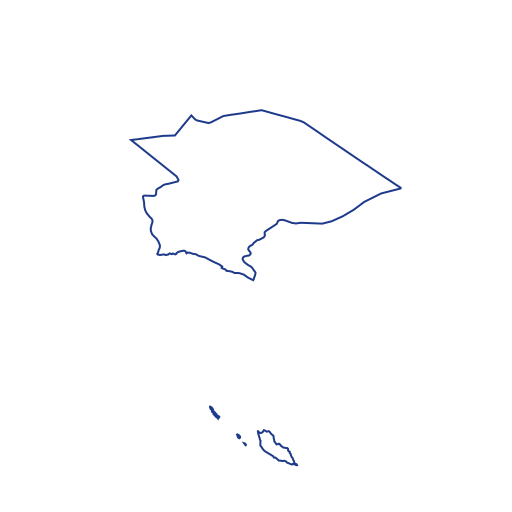 an SVG outline of Hadramawt, rotated 42°
{"feature_id": "YEM-3497", "entity_name": "Hadramawt", "entity_type": "Governorate", "adm_level": 1, "iso_a3": "YEM", "parent_name": "Yemen", "parent_adm1": "", "projection": "orthographic", "projection_center": [51.058, 15.554], "detail": "fine", "context": "isolated", "style": "outline", "palette": "blue", "viewbox_px": 512, "rotation_deg": 42, "n_neighbors": 0, "source": "natural_earth", "source_scale": "10m", "svg_char_len": 4896}
<svg xmlns="http://www.w3.org/2000/svg" viewBox="0 0 512 512"><g transform="rotate(42 256 256)"><path d="M317.9,108.5L318.2,109.2L307.2,125.7L300.2,143.4L297.7,156.2L293.9,168.4L288.9,179.7L283.6,187.6L267.1,201.3L263.9,205.1L260.6,207.3L253.3,210.3L251.6,211.4L250.6,212.2L249.7,213.3L249.0,215.0L249.1,215.9L249.5,216.8L249.9,218.4L246.6,230.8L246.5,232.4L247.1,233.2L247.7,233.9L248.6,234.4L249.1,235.5L249.3,237.0L247.7,241.4L247.0,242.6L246.3,243.4L246.0,244.9L246.0,245.9L245.6,247.2L245.6,248.3L245.8,249.3L245.8,250.1L245.4,251.0L245.1,252.1L244.7,253.8L245.1,255.3L245.8,256.3L247.1,256.7L248.3,256.8L250.0,257.3L250.4,257.7L250.7,258.6L250.5,260.3L250.1,260.9L249.4,261.5L248.6,262.8L248.0,263.6L247.5,264.4L247.4,265.1L247.4,265.9L247.7,266.6L248.3,267.4L250.9,268.3L252.9,268.3L256.1,268.0L257.2,267.8L258.2,267.4L260.9,267.3L263.7,268.0L265.9,268.4L266.9,268.8L267.6,269.9L268.0,270.7L268.5,271.5L268.8,272.7L269.2,273.4L269.5,274.2L269.9,274.8L269.9,275.6L270.0,275.9L264.1,277.5L259.6,277.9L255.7,279.6L254.6,280.2L251.5,282.9L250.9,283.2L249.2,283.5L246.8,284.8L244.1,286.7L243.5,286.7L242.7,286.4L241.7,286.7L239.9,287.4L239.1,287.7L238.8,287.7L238.4,287.8L238.1,286.9L237.9,286.4L237.5,286.4L236.9,286.6L234.2,286.9L228.3,288.8L219.1,291.1L214.2,293.8L212.4,294.5L210.5,294.8L209.7,295.2L208.0,296.4L204.5,298.0L202.9,299.1L202.6,300.5L202.2,300.4L201.5,300.0L200.7,299.8L199.7,299.8L198.9,300.3L198.3,300.9L196.2,303.8L195.4,305.4L195.0,307.1L195.3,307.4L195.3,307.8L195.2,308.3L195.1,308.6L194.6,309.0L192.9,309.6L192.5,309.9L192.3,310.9L191.7,311.3L190.9,311.4L190.2,311.8L190.0,312.1L189.9,312.4L189.9,313.4L189.8,313.6L189.5,313.9L189.2,314.2L188.8,315.3L188.0,315.8L186.5,316.4L184.0,319.5L183.2,320.0L182.9,320.1L182.4,320.4L182.2,320.6L181.9,320.6L181.6,320.6L181.2,320.5L181.2,320.2L181.1,319.6L180.8,318.8L179.7,316.7L179.4,316.0L179.3,315.2L179.0,314.4L178.4,313.5L177.5,312.4L173.7,310.5L170.2,309.6L166.9,309.6L164.2,309.3L161.2,307.8L159.1,305.7L158.6,304.5L157.6,303.1L157.2,301.8L156.3,300.1L155.6,299.1L154.5,298.5L153.5,298.1L150.4,298.0L146.1,297.3L143.0,296.1L139.8,293.9L136.9,291.0L132.4,287.7L132.1,286.6L133.1,285.4L139.9,279.7L140.5,278.5L140.5,277.2L138.8,274.9L137.8,273.8L137.8,272.7L138.0,271.5L139.2,267.9L139.3,266.9L139.7,265.4L140.7,263.3L142.5,261.1L148.0,252.8L147.6,251.4L143.8,250.0L85.6,253.4L106.5,229.0L115.1,220.7L113.9,194.8L119.3,195.2L120.6,195.0L121.9,194.5L126.9,191.7L131.7,189.0L131.7,188.9L132.9,187.3L135.8,179.8L137.8,174.5L138.6,173.2L142.6,168.2L148.9,160.7L155.4,152.6L159.2,148.1L162.4,144.1L163.4,143.5L168.6,140.9L175.7,137.4L183.5,133.4L190.6,129.9L196.4,127.0L198.3,126.0L202.1,124.7L207.3,124.0L213.8,123.1L220.4,122.2L226.9,121.4L233.4,120.5L239.9,119.6L246.4,118.7L252.9,117.8L259.5,116.9L266.0,116.0L272.5,115.1L279.0,114.1L285.5,113.2L292.0,112.3L298.5,111.4L305.0,110.4L311.5,109.5L317.9,108.5ZM423.5,384.3L424.6,384.1L425.3,383.6L425.8,383.7L426.4,384.0L425.9,384.5L424.6,384.9L423.7,385.2L422.9,385.4L422.5,385.7L422.4,386.8L420.6,387.6L419.2,388.0L417.5,388.7L415.7,388.6L414.1,389.2L413.8,389.5L413.0,390.6L412.6,390.9L411.5,391.4L410.3,392.4L409.7,392.8L408.5,392.7L406.5,392.8L405.8,392.7L405.1,392.9L404.2,393.8L403.3,393.5L402.6,393.3L401.3,393.6L399.5,393.9L394.5,394.9L392.6,395.2L390.2,394.9L387.9,394.3L385.9,393.8L385.1,392.9L384.4,392.1L383.7,391.3L383.1,390.3L382.0,389.9L380.3,388.8L375.9,386.1L374.9,385.2L374.7,385.0L375.1,384.7L376.2,385.0L377.1,384.9L378.0,384.3L378.2,384.2L378.3,383.8L378.6,383.0L378.8,382.6L378.4,380.1L379.1,379.8L379.8,379.7L381.5,379.4L381.9,378.7L382.4,378.1L382.8,377.6L383.6,377.5L385.9,378.0L387.2,378.1L388.2,378.0L389.2,377.9L390.9,379.4L393.8,381.5L395.7,381.9L397.3,382.3L398.1,381.3L398.5,380.2L399.7,380.0L400.5,380.0L401.2,380.4L402.6,380.2L404.1,380.2L405.6,379.3L406.1,379.1L407.1,378.4L407.6,377.9L408.7,377.8L409.2,378.3L409.8,378.8L410.7,379.3L411.4,379.1L411.9,378.8L412.1,378.9L412.5,379.4L412.9,379.8L413.6,379.8L414.6,380.0L415.0,380.6L415.6,380.9L417.1,381.5L418.8,381.8L420.5,382.8L421.4,383.0L423.5,384.3ZM332.2,400.0L333.5,400.5L335.8,400.0L336.4,400.1L336.6,400.5L336.1,400.7L335.6,401.2L336.0,401.5L336.4,402.2L335.2,402.0L334.7,402.1L333.9,402.3L332.0,402.0L330.1,401.9L329.9,401.5L329.5,400.9L329.2,400.9L328.9,400.9L328.1,401.1L327.6,401.2L327.4,401.1L327.0,400.4L326.9,400.2L326.6,400.2L325.8,399.9L325.2,400.0L324.8,400.1L324.5,399.9L324.3,399.8L322.9,399.1L322.7,398.6L323.4,398.4L324.0,398.3L325.0,398.3L326.3,398.6L327.6,399.5L328.5,399.8L329.2,399.7L330.4,399.9L332.2,400.0ZM364.2,400.9L364.9,400.8L365.5,401.3L365.7,402.0L365.6,402.6L365.0,402.8L364.4,402.9L363.1,402.4L362.3,401.7L361.4,401.4L361.5,401.0L362.2,400.8L362.7,400.8L363.2,400.7L363.6,400.6L364.2,400.9ZM372.4,403.1L373.3,402.7L374.1,402.8L374.5,403.0L375.0,403.2L375.0,403.5L373.7,403.4L373.1,403.3L372.4,403.1Z" fill="none" stroke="#1e3a8a" stroke-width="2"/></g></svg>